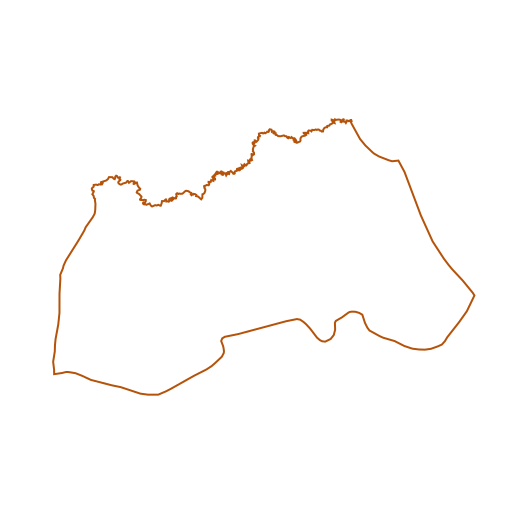 the district of Phrai Bueng, Si Sa Ket, Thailand, rotated 264°
{"feature_id": "78962969B56904168691236", "entity_name": "Phrai Bueng", "entity_type": "district", "adm_level": 2, "iso_a3": "THA", "parent_name": "Thailand", "parent_adm1": "Si Sa Ket", "projection": "orthographic", "projection_center": [104.4, 14.768], "detail": "fine", "context": "isolated", "style": "outline", "palette": "amber", "viewbox_px": 512, "rotation_deg": 264, "n_neighbors": 0, "source": "geoboundaries", "source_scale": "gbopen_adm2", "svg_char_len": 6139}
<svg xmlns="http://www.w3.org/2000/svg" viewBox="0 0 512 512"><g transform="rotate(264 256 256)"><path d="M193.9,469.1L196.6,467.8L210.0,459.0L222.2,449.8L227.0,446.6L233.8,442.5L252.0,433.2L279.1,424.2L324.0,412.5L336.0,407.6L336.0,401.3L337.3,398.1L342.1,388.8L345.5,384.1L347.2,382.5L354.4,376.4L361.5,371.7L377.6,364.9L379.3,364.4L380.0,365.2L381.3,364.9L381.3,364.1L380.3,362.5L381.1,361.4L381.3,360.2L380.0,360.1L378.9,359.3L380.1,358.7L380.6,356.9L381.2,356.9L382.3,357.6L382.8,357.4L382.8,356.9L382.2,355.9L380.6,355.5L380.1,354.8L380.6,354.1L381.9,354.8L382.8,353.7L383.1,352.2L383.0,349.9L383.6,348.9L382.3,348.5L382.2,348.2L382.8,347.7L383.7,345.5L382.9,345.4L380.4,347.9L380.0,348.0L380.7,346.3L379.6,345.3L379.1,343.3L378.0,342.6L377.9,340.5L376.6,340.2L376.7,338.8L376.3,337.5L374.6,336.1L372.9,335.7L372.9,334.4L373.9,333.5L374.1,332.5L375.0,331.9L375.4,330.9L375.0,329.6L375.6,328.6L375.1,327.0L375.6,325.1L374.2,324.2L374.9,323.5L375.3,321.5L374.6,320.8L372.7,320.8L373.3,319.0L373.5,316.3L373.1,316.3L372.6,316.8L372.3,318.7L371.2,318.7L370.5,317.2L370.4,315.4L369.9,313.8L368.8,312.8L367.7,312.4L366.3,312.4L365.3,311.8L364.3,308.5L364.6,308.0L366.0,308.2L366.5,308.0L366.3,307.4L365.2,306.7L365.5,306.1L366.8,306.1L367.3,307.0L367.9,307.4L368.2,307.2L368.3,306.8L367.6,306.0L367.7,305.6L369.1,306.2L369.3,304.8L370.5,303.8L369.8,303.1L369.8,302.6L371.0,301.0L370.9,300.6L369.9,300.8L369.7,300.4L370.6,299.3L371.9,298.8L372.1,297.4L373.0,296.4L372.5,292.9L372.9,290.6L374.1,289.4L374.4,288.3L375.9,288.4L375.8,286.9L376.3,286.2L376.9,286.4L377.1,287.5L377.8,287.4L378.3,286.2L377.9,284.8L380.0,284.6L380.6,282.9L380.0,282.2L378.3,281.7L378.1,281.3L378.5,280.2L377.8,279.5L377.1,278.0L377.8,277.2L377.2,276.3L377.2,275.7L377.9,274.9L377.4,271.7L375.5,271.6L375.0,272.5L374.5,272.2L374.5,271.1L374.0,270.4L373.2,270.2L372.4,270.8L371.3,270.3L369.5,268.4L369.8,267.8L371.0,267.3L371.1,266.8L368.9,266.6L368.5,266.3L368.6,265.8L369.4,265.0L369.1,264.5L368.3,264.4L367.2,264.8L365.8,266.5L365.2,265.2L362.4,264.0L361.5,264.2L360.6,263.8L359.0,264.8L357.3,264.7L356.8,263.6L357.9,262.6L357.9,262.3L357.0,262.1L356.2,262.5L354.7,261.8L353.8,261.9L352.8,260.6L352.5,261.9L351.8,262.1L351.4,261.0L352.2,260.0L350.7,259.3L351.4,258.2L350.1,258.3L349.5,259.3L349.1,259.3L348.9,257.7L348.5,256.8L347.4,256.2L347.0,255.6L348.5,254.1L347.8,253.6L346.5,253.6L346.6,252.8L347.6,251.6L346.5,251.8L345.6,252.4L344.9,252.2L344.5,251.5L345.4,250.8L345.5,249.9L344.7,249.6L344.0,250.0L342.9,248.6L343.2,247.7L345.1,248.4L344.6,246.2L344.2,246.0L342.9,246.3L342.3,243.8L341.7,243.5L340.4,243.5L340.0,242.8L340.2,242.0L341.1,241.7L343.2,239.8L342.5,239.0L342.4,237.4L340.8,238.0L340.3,237.8L340.8,236.6L341.9,236.6L341.6,235.6L341.1,235.4L340.4,235.8L339.2,234.8L341.4,234.2L341.2,232.3L340.2,231.7L340.2,231.3L341.0,231.3L341.8,232.5L342.4,232.5L342.6,232.0L341.7,230.7L343.3,230.9L343.7,230.6L343.6,229.7L341.9,229.3L343.1,227.3L342.5,226.8L341.9,227.0L341.5,225.4L342.4,225.2L342.5,226.0L343.3,226.5L343.8,226.4L343.9,225.8L341.2,223.5L340.3,223.7L340.4,222.7L339.4,222.7L339.9,221.8L339.3,220.9L338.7,220.9L338.2,221.6L337.4,221.5L337.2,222.2L337.8,222.6L337.8,223.0L337.1,223.4L336.4,223.3L336.6,221.5L335.2,221.4L336.2,219.4L334.4,218.7L334.7,216.6L334.0,216.5L333.5,217.3L331.9,216.8L331.3,216.3L331.8,214.3L331.2,213.2L331.1,211.9L330.2,211.6L329.5,212.1L328.6,211.9L327.7,212.6L326.3,212.4L324.3,211.5L323.3,210.4L323.0,209.2L319.5,208.7L318.1,207.4L321.2,204.6L321.8,202.7L322.9,203.1L323.9,201.9L324.3,200.4L323.7,200.0L324.0,199.1L323.2,198.3L324.0,197.6L325.2,198.4L325.5,198.3L326.3,196.7L327.4,195.8L328.2,193.3L328.0,192.6L325.7,189.4L325.7,187.4L326.1,186.4L325.8,185.3L326.6,184.5L326.6,183.9L325.9,183.1L323.5,183.4L323.1,182.7L321.7,182.5L321.6,181.9L322.8,179.3L322.4,179.2L321.3,179.9L319.7,177.9L319.8,177.5L320.2,177.4L321.8,178.2L322.5,178.0L322.0,176.0L321.2,175.5L319.6,175.4L319.1,174.9L319.6,173.8L319.6,172.5L321.6,172.6L321.7,172.0L320.2,170.3L320.4,168.2L318.6,167.8L316.0,166.6L316.0,166.0L317.1,164.2L316.6,162.6L317.1,161.0L316.1,157.8L317.3,156.6L319.4,155.7L318.4,152.4L319.0,151.4L319.0,150.1L319.5,149.4L320.4,149.1L320.9,149.4L321.1,150.0L320.6,150.6L320.6,151.1L321.8,152.0L323.1,152.3L323.6,151.0L323.4,149.5L323.8,147.1L324.1,146.6L324.5,146.6L325.9,148.0L327.1,148.3L329.9,146.2L331.2,144.3L331.8,144.0L333.4,145.0L334.1,147.6L335.0,147.9L336.2,146.8L338.6,145.6L341.5,145.3L341.5,144.5L340.5,142.8L340.5,141.9L341.0,141.9L342.2,143.1L342.9,142.8L343.5,139.6L342.1,137.3L343.9,136.5L344.0,135.9L342.5,134.4L342.0,131.3L341.2,129.6L341.2,128.6L342.5,127.0L343.4,126.7L344.3,127.0L345.7,129.0L346.1,129.1L346.9,128.2L348.4,129.0L348.6,128.7L348.2,127.7L348.3,126.9L350.2,126.0L350.5,125.3L349.7,124.4L348.2,124.1L347.2,123.5L347.7,122.6L349.4,121.4L349.8,118.0L348.1,116.9L346.8,115.1L345.6,109.5L345.1,109.5L344.4,111.0L343.3,110.3L343.3,108.8L343.8,107.3L343.1,106.0L343.7,104.4L343.6,102.0L341.9,101.8L340.6,100.0L339.9,99.7L338.2,100.1L337.6,101.4L337.0,101.4L334.5,99.7L332.9,100.8L330.8,100.9L329.6,101.9L328.8,101.6L324.7,101.8L318.4,100.9L315.0,100.0L311.5,97.6L302.4,89.6L299.4,88.0L289.9,81.0L271.6,66.6L266.5,63.6L263.9,62.7L257.7,59.3L254.1,59.1L238.8,56.6L220.0,54.6L208.6,52.2L194.4,48.0L188.6,46.8L182.0,45.9L172.0,43.2L163.9,43.3L159.6,42.9L159.9,50.7L160.5,54.8L160.3,56.9L158.3,64.3L155.1,70.4L150.0,78.9L142.5,99.0L139.7,107.8L131.2,126.6L129.4,134.0L128.3,144.2L130.8,152.3L132.7,157.2L143.3,181.7L148.4,195.0L151.3,200.6L154.0,204.4L159.4,211.5L162.9,213.8L164.7,214.2L167.7,214.1L169.7,213.9L175.1,212.5L177.6,213.8L178.9,216.5L180.2,230.0L188.0,279.3L189.0,290.1L188.1,293.2L185.5,296.3L183.0,298.6L178.2,302.2L168.5,308.1L165.7,310.7L164.3,312.8L163.6,315.9L165.7,321.6L169.3,325.1L174.4,327.0L181.4,327.5L183.1,328.6L186.0,335.1L190.1,342.1L190.6,343.6L190.6,346.0L190.1,349.2L188.6,352.7L186.5,355.6L178.0,357.4L173.0,359.3L170.0,361.1L163.4,370.6L161.5,373.8L156.9,385.0L151.0,394.1L147.5,401.8L146.0,408.3L145.2,414.2L145.4,420.3L147.1,427.3L148.5,431.6L151.6,435.0L155.2,437.7L168.9,451.0L179.0,459.9L193.9,469.1Z" fill="none" stroke="#b45309" stroke-width="2"/></g></svg>